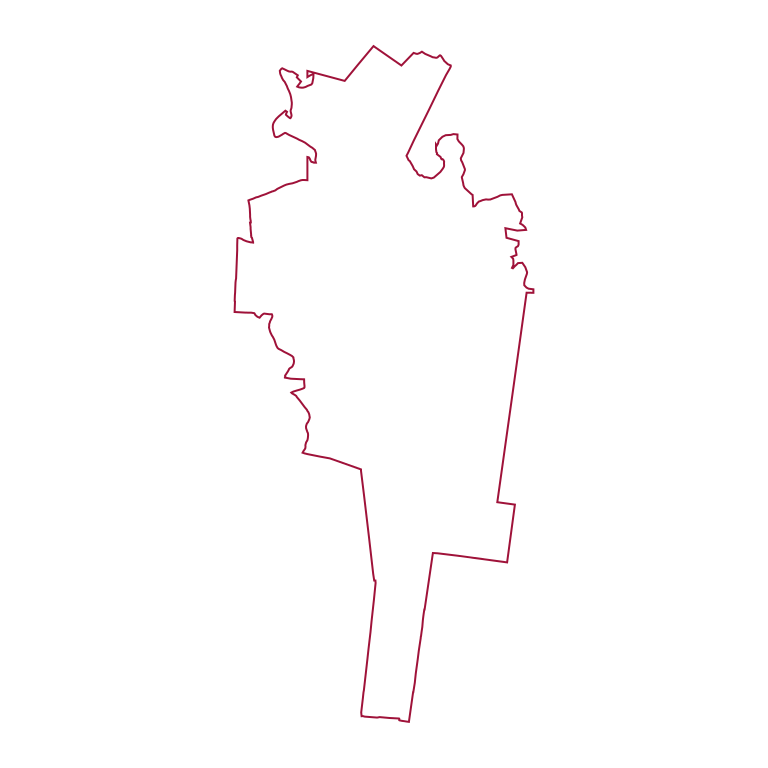 Stoenesti, Giurgiu, Romania
{"feature_id": "2599482B4424245077125", "entity_name": "Stoenesti", "entity_type": "district", "adm_level": 2, "iso_a3": "ROU", "parent_name": "Romania", "parent_adm1": "Giurgiu", "projection": "mercator", "projection_center": [25.883, 44.12], "detail": "fine", "context": "isolated", "style": "outline", "palette": "rose", "viewbox_px": 768, "rotation_deg": 0, "n_neighbors": 0, "source": "geoboundaries", "source_scale": "gbopen_adm2", "svg_char_len": 6016}
<svg xmlns="http://www.w3.org/2000/svg" viewBox="0 0 768 768"><path d="M408.9,721.9L413.1,692.2L413.3,692.2L414.8,682.8L415.8,673.3L417.7,659.5L418.8,650.7L420.7,638.2L420.8,636.8L421.0,636.3L421.6,631.7L422.3,627.0L422.9,619.8L423.5,615.0L424.3,609.5L424.6,609.5L432.9,553.0L437.7,553.3L457.5,555.7L507.1,562.4L514.9,504.6L497.3,502.2L513.6,386.1L526.6,292.7L533.4,292.8L533.4,289.3L528.6,288.7L526.5,287.6L524.3,285.3L524.2,283.0L524.9,279.5L526.9,273.8L527.1,272.2L525.3,267.2L522.3,262.8L518.0,263.1L516.4,264.8L514.8,266.2L512.9,268.3L512.0,267.9L513.4,265.0L513.4,260.3L513.1,258.7L511.4,256.9L516.5,255.0L516.5,254.5L515.4,249.0L515.6,247.8L516.4,247.1L517.9,246.2L518.5,244.9L518.6,244.4L518.6,241.1L506.5,237.8L505.4,228.2L517.3,230.6L526.1,229.9L525.3,227.5L523.8,226.0L522.7,225.0L521.6,224.3L520.1,223.5L522.3,217.3L522.0,215.6L522.0,213.2L521.8,212.5L519.4,210.9L518.8,209.4L516.4,205.1L515.8,203.5L515.5,202.1L511.9,194.3L502.4,194.9L500.2,195.4L497.5,196.8L490.3,199.5L488.1,199.6L486.0,199.4L482.7,200.1L480.3,201.1L478.9,201.5L477.1,203.3L475.7,205.4L475.1,206.0L474.0,206.4L473.2,206.4L472.6,194.9L471.6,194.3L464.8,188.1L464.1,186.8L463.5,185.4L463.1,182.9L461.9,177.7L461.8,177.1L463.4,174.3L464.9,170.2L464.9,169.1L462.2,162.2L461.1,160.3L460.8,158.3L463.5,152.9L463.9,148.8L463.8,147.8L463.3,146.3L462.1,144.8L458.8,141.4L457.4,139.0L457.5,134.5L453.4,134.1L450.8,134.9L445.7,135.2L442.4,136.8L438.8,140.3L438.0,143.6L436.8,145.6L436.0,144.4L436.0,149.2L436.4,152.2L437.1,153.1L436.9,154.2L440.5,156.9L441.3,158.9L441.8,159.3L442.5,159.1L443.1,159.6L443.7,160.4L444.1,161.5L444.0,163.4L444.1,165.3L444.0,166.3L443.7,167.2L442.7,168.8L440.3,172.0L433.8,177.6L431.3,178.4L426.3,177.2L424.4,177.3L421.8,175.2L419.8,175.6L417.7,174.1L416.5,171.5L414.1,169.3L412.7,166.1L409.8,161.1L408.6,160.2L406.5,155.8L408.1,152.7L413.8,140.5L429.0,109.7L438.1,90.9L446.0,75.1L449.6,68.9L450.7,66.7L450.8,66.1L450.7,65.4L449.6,65.0L447.8,64.2L444.2,60.9L443.6,59.8L441.7,56.9L441.0,55.9L440.3,55.4L440.0,55.3L439.6,55.5L437.5,57.4L436.8,57.7L436.1,57.8L435.5,57.7L434.6,57.5L432.6,57.2L430.8,56.3L425.2,53.9L421.9,51.7L419.8,53.0L417.7,53.8L417.1,53.9L416.0,53.7L413.6,52.9L401.4,65.5L373.5,46.1L357.8,64.9L344.7,80.9L307.4,70.9L307.4,77.1L309.8,75.6L311.8,74.6L313.5,73.9L313.3,78.1L312.3,83.2L311.4,84.5L307.4,86.0L306.6,86.5L305.2,87.1L302.9,87.7L301.6,87.7L300.0,87.5L298.9,87.3L297.2,86.6L297.7,85.9L299.9,83.1L301.0,81.5L296.8,77.3L297.8,75.3L292.8,71.9L291.8,71.6L290.5,71.7L288.8,71.4L287.0,70.6L284.2,69.2L282.2,68.3L281.1,69.1L279.8,70.8L280.2,73.6L280.6,74.8L281.4,76.4L281.9,77.8L283.1,80.0L284.8,82.0L286.2,84.8L286.8,85.9L287.8,88.6L289.0,91.0L290.3,94.3L291.0,97.1L291.8,102.5L291.8,104.3L291.5,107.5L291.4,108.1L290.7,110.2L290.6,111.1L290.9,112.5L291.3,114.1L291.5,115.2L291.5,115.8L291.3,116.6L290.8,117.7L290.3,118.2L289.9,118.1L287.7,116.4L285.9,114.7L286.2,113.5L287.0,111.8L285.4,110.7L278.7,116.4L276.2,118.9L274.9,120.7L273.7,122.6L273.0,124.5L272.8,126.1L272.8,127.8L273.1,129.9L274.4,135.6L275.0,136.6L275.7,137.0L276.5,137.1L277.1,137.0L278.4,136.7L279.2,136.3L282.0,134.7L283.3,133.8L284.6,133.1L285.0,132.9L285.9,133.1L289.0,134.9L297.0,138.6L299.3,139.9L302.1,141.1L305.1,142.7L310.3,146.6L312.3,147.8L315.0,150.1L315.2,151.0L315.6,152.0L316.1,153.7L316.0,155.9L315.3,159.7L315.4,160.9L315.9,162.7L314.2,162.7L313.3,162.5L313.2,162.3L312.8,162.1L311.5,161.9L311.2,161.6L310.4,160.3L310.0,159.2L309.1,157.6L308.7,157.3L307.4,157.0L307.4,180.2L304.0,180.0L302.5,180.0L300.8,180.3L298.5,181.1L297.0,181.8L292.5,183.3L289.2,183.9L286.4,184.6L284.2,185.5L278.7,188.2L277.3,188.9L275.3,190.4L272.9,191.3L271.9,191.5L271.4,191.8L269.5,192.5L265.8,194.1L261.4,195.6L258.2,196.9L256.0,197.4L253.1,198.7L249.8,199.8L248.4,200.4L249.4,205.2L249.8,208.7L250.1,214.7L250.1,216.9L250.4,219.4L250.7,220.7L250.8,222.5L250.0,222.6L250.6,227.1L250.6,228.9L251.2,235.4L251.1,235.5L251.4,237.3L251.9,237.7L253.1,242.0L253.1,242.6L250.9,242.3L250.5,242.3L246.6,241.3L243.4,240.0L242.2,239.2L241.3,238.7L240.3,238.4L238.7,238.0L238.2,238.0L237.7,238.1L237.4,238.5L237.2,245.0L237.2,250.2L237.0,255.2L236.1,278.1L236.1,278.5L235.8,279.9L235.5,282.6L235.1,292.8L234.9,295.1L234.7,300.4L234.7,301.0L234.9,301.1L235.0,301.3L234.6,312.0L245.3,312.6L251.4,312.7L253.8,313.1L254.3,313.2L254.5,313.4L255.3,314.9L255.8,315.4L257.3,316.7L258.1,317.1L259.6,317.7L261.4,315.5L262.8,314.3L263.8,313.7L264.3,313.6L269.8,314.3L271.2,314.2L271.9,314.3L272.3,315.5L272.3,316.8L271.2,319.3L270.4,320.7L270.0,321.6L269.8,322.6L269.3,323.7L269.2,324.4L269.2,326.0L269.0,327.5L269.9,330.9L270.4,332.4L271.9,335.5L272.8,336.8L274.3,339.7L276.0,344.8L276.5,346.0L277.2,347.3L277.7,348.1L278.7,348.9L281.2,350.1L284.2,351.9L286.9,353.2L290.3,355.0L292.1,356.1L293.4,357.4L293.4,358.1L293.9,360.1L294.0,361.6L293.7,363.5L293.4,364.3L292.4,366.4L291.8,367.0L289.9,368.2L289.2,368.8L288.4,370.5L287.7,371.7L285.1,375.6L285.3,376.4L284.9,377.2L284.9,377.6L290.8,378.7L300.4,379.2L304.1,379.3L304.2,382.8L304.5,385.9L304.5,387.2L304.2,387.9L302.8,388.6L300.0,389.6L296.8,390.5L293.3,391.6L291.3,392.6L291.8,393.2L294.9,395.0L296.2,395.9L296.8,397.0L299.8,400.6L304.4,406.8L306.9,409.8L307.4,410.9L307.8,411.5L308.2,411.9L308.9,413.4L309.3,414.7L309.6,416.7L309.8,417.2L309.4,419.0L308.6,420.9L308.0,422.2L306.9,423.5L306.2,425.5L306.0,426.7L306.1,428.3L307.4,432.1L307.8,432.8L308.0,433.7L308.1,435.1L307.9,437.6L307.7,438.9L307.4,440.2L306.1,442.4L305.6,444.3L305.4,445.2L305.5,446.6L305.3,448.3L304.8,449.2L303.7,450.7L302.6,452.7L304.6,453.4L307.5,454.1L320.0,456.6L329.9,458.4L361.0,469.4L361.0,470.8L364.0,495.1L369.0,537.3L373.2,573.9L374.2,580.5L375.4,580.5L375.6,583.0L373.9,600.0L371.6,620.8L370.5,632.0L368.4,650.0L367.4,659.3L367.3,660.1L363.9,690.2L363.5,692.3L362.9,698.0L361.2,712.5L361.6,716.2L362.8,716.1L364.6,716.6L365.7,716.7L376.1,717.5L377.6,717.5L379.6,717.1L389.6,718.0L398.9,718.5L399.2,718.6L399.3,719.0L399.2,720.1L399.4,720.3L401.6,720.8L408.9,721.9Z" fill="none" stroke="#9f1239" stroke-width="2"/></svg>